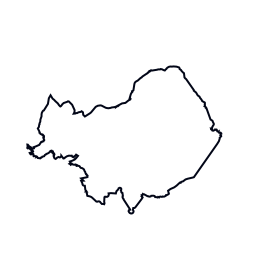 outline of North Tongu, Volta, Ghana, rotated 125°
{"feature_id": "2480657B35012095074914", "entity_name": "North Tongu", "entity_type": "district", "adm_level": 2, "iso_a3": "GHA", "parent_name": "Ghana", "parent_adm1": "Volta", "projection": "robinson", "projection_center": [0.298, 6.144], "detail": "fine", "context": "isolated", "style": "outline", "palette": "ink", "viewbox_px": 256, "rotation_deg": 125, "n_neighbors": 0, "source": "geoboundaries", "source_scale": "gbopen_adm2", "svg_char_len": 5869}
<svg xmlns="http://www.w3.org/2000/svg" viewBox="0 0 256 256"><g transform="rotate(125 128 128)"><path d="M145.6,210.2L149.0,209.9L154.2,207.4L161.9,207.0L162.4,207.4L163.1,207.5L164.9,207.3L166.3,206.7L168.1,205.5L171.3,204.6L173.1,203.5L175.1,203.1L175.6,202.6L176.3,202.6L178.3,201.6L180.1,201.6L181.8,198.4L182.7,197.8L182.6,197.1L183.0,196.5L182.9,196.1L183.0,195.8L182.7,194.7L182.8,194.4L182.4,194.4L182.3,194.0L182.7,192.5L182.9,192.4L182.9,192.1L183.4,191.8L183.6,191.9L184.0,191.5L184.4,191.9L184.6,191.8L185.1,190.9L185.6,190.4L185.7,189.9L186.1,189.6L186.7,189.8L187.4,189.6L188.1,190.5L188.9,190.5L189.3,191.1L192.7,191.0L196.2,193.1L196.5,193.4L196.9,193.5L197.8,194.3L198.5,193.4L198.9,193.5L199.6,194.1L199.8,194.7L199.5,196.5L199.7,198.4L199.1,200.5L199.3,200.9L200.6,199.7L202.1,199.1L202.2,198.4L201.5,197.8L201.3,197.1L201.6,194.5L201.4,192.5L201.5,192.3L201.8,192.2L202.8,193.2L203.4,193.2L204.8,194.2L205.4,192.8L205.3,192.3L203.7,191.4L203.6,190.6L203.9,190.2L205.1,189.5L205.2,188.9L204.4,188.2L203.7,186.7L203.7,186.4L204.3,186.3L203.8,185.9L204.0,185.1L204.3,184.7L203.4,182.9L202.7,182.6L202.8,182.4L202.4,182.3L202.1,182.0L201.1,181.7L200.7,181.8L199.2,180.5L197.8,180.6L196.6,180.0L196.0,180.0L195.8,179.7L194.0,178.7L192.5,178.4L192.1,178.0L191.6,178.0L191.3,178.3L190.5,177.8L190.3,177.4L190.4,176.9L190.9,176.7L191.0,177.0L191.6,176.1L191.3,175.6L190.9,175.5L191.6,174.9L191.2,173.9L191.4,173.7L191.8,173.9L191.9,173.2L192.1,173.2L192.7,173.5L193.0,173.3L193.2,172.7L193.6,172.8L193.9,172.6L195.0,170.8L194.8,169.5L192.8,169.0L191.6,168.3L191.2,166.9L190.3,166.5L189.4,166.5L188.9,166.8L190.0,163.5L189.4,163.2L189.2,162.7L188.4,162.7L186.2,161.8L184.5,160.5L183.7,159.1L182.9,158.2L183.5,156.9L182.9,156.4L183.0,155.7L182.6,155.8L182.0,155.4L181.9,155.6L180.2,155.2L179.6,155.2L179.5,153.0L182.5,153.2L184.5,153.6L186.8,154.9L188.8,156.4L189.1,155.6L189.8,155.2L190.9,155.5L190.8,154.6L191.0,153.8L190.6,153.7L190.1,154.1L189.6,154.1L189.4,153.8L189.6,152.5L189.0,151.0L188.0,150.1L187.9,149.8L188.5,148.8L188.6,148.4L188.4,148.1L188.2,148.1L187.7,148.8L187.6,148.6L187.7,147.8L187.1,145.9L187.2,145.4L187.6,144.7L187.7,143.7L187.1,142.3L187.2,140.2L188.0,139.3L188.5,137.9L189.1,137.3L189.6,136.4L189.6,136.0L189.9,135.8L189.8,135.3L190.0,134.8L190.2,134.7L190.2,133.9L190.6,133.8L191.3,133.1L191.9,133.4L196.1,137.4L196.2,136.5L196.7,134.3L198.1,136.1L199.6,133.5L200.4,132.8L200.7,131.9L200.4,130.6L200.1,130.2L203.1,127.5L203.6,126.1L203.8,126.1L203.6,125.9L203.8,125.5L204.2,125.4L204.2,125.1L204.4,125.2L205.0,124.6L205.6,123.6L206.2,123.2L206.9,122.4L205.9,120.0L205.6,118.7L205.6,117.5L206.4,111.8L206.1,111.0L205.5,110.6L204.7,109.7L204.5,108.6L204.9,107.5L205.2,105.8L204.5,104.9L204.1,103.8L203.1,104.1L202.1,105.2L198.2,107.6L197.4,107.4L197.0,106.5L196.2,105.5L195.0,105.1L193.6,105.5L192.7,106.4L191.1,104.6L188.6,100.4L186.5,101.2L183.7,100.8L182.8,101.1L181.9,100.7L181.4,99.8L181.4,99.1L181.8,98.5L182.6,98.1L183.2,98.1L183.8,97.1L184.3,96.8L184.6,96.0L184.4,95.3L186.6,93.2L187.0,93.3L188.1,92.5L188.7,91.2L188.7,90.9L189.1,90.5L193.4,79.9L193.7,79.4L194.3,80.0L194.9,80.1L195.8,79.8L196.4,78.7L196.6,77.8L196.4,76.7L195.8,75.8L194.8,75.3L193.5,75.4L192.8,75.9L192.2,77.1L190.5,77.8L189.9,76.9L189.0,76.5L178.6,76.1L176.6,76.2L176.5,76.9L175.6,77.3L175.8,77.8L175.3,77.8L175.1,78.1L174.9,77.8L173.5,78.0L173.5,77.4L173.1,76.9L172.8,74.3L172.7,72.9L172.3,72.3L172.1,71.3L171.1,70.2L170.2,70.1L168.8,68.2L168.5,67.2L168.7,66.4L169.0,66.1L168.4,65.2L168.0,64.0L167.2,63.9L167.1,63.0L166.9,63.0L166.8,62.7L166.5,62.8L165.7,62.3L165.0,60.8L164.4,60.5L164.4,60.2L163.2,58.8L161.6,58.1L161.1,58.3L160.8,57.8L159.3,57.0L158.4,56.8L156.4,59.2L153.6,58.2L150.3,56.2L149.0,55.7L147.2,55.1L143.0,54.2L142.7,53.4L141.6,53.5L140.1,52.3L137.2,51.4L135.3,50.0L131.4,46.5L130.5,45.8L89.7,45.8L86.5,46.0L83.8,46.9L83.4,47.3L81.3,46.9L80.9,47.3L80.7,47.9L80.8,48.3L79.5,48.6L79.1,48.3L78.9,48.5L78.7,49.5L79.1,50.1L79.6,50.5L79.2,51.3L79.3,51.8L79.0,51.9L79.2,52.0L79.5,52.9L79.2,53.2L79.0,53.9L78.6,54.2L78.5,54.5L78.9,54.7L79.2,55.8L79.9,55.7L80.5,56.2L81.2,56.5L81.6,57.2L81.7,57.5L81.4,58.0L81.1,58.2L81.4,58.6L81.4,59.2L81.1,59.4L80.9,59.3L80.7,59.7L80.4,59.3L79.7,59.2L78.5,59.6L76.2,59.7L75.6,59.9L75.2,60.3L74.5,61.7L73.6,63.0L73.7,65.3L66.7,75.2L66.6,75.5L66.8,75.5L66.7,75.7L66.8,75.9L66.5,76.1L66.3,76.4L66.2,76.8L66.3,77.8L65.4,77.9L64.5,78.6L64.5,78.8L63.4,79.3L63.1,79.8L63.4,82.6L62.6,84.1L61.9,86.5L61.3,87.4L61.3,89.6L59.9,92.6L59.7,95.5L59.2,95.8L54.6,108.4L54.5,109.7L54.2,110.7L51.0,113.6L51.0,114.6L50.5,117.0L50.1,117.7L50.1,119.5L49.6,119.9L49.1,120.8L49.9,123.4L51.5,126.1L52.5,127.2L53.3,128.5L54.3,129.5L55.9,130.3L57.0,130.5L57.6,130.4L58.3,130.7L59.7,130.8L59.9,131.1L60.2,132.3L60.4,133.8L61.0,135.1L61.6,135.3L62.8,137.0L63.5,137.5L67.1,141.2L67.8,142.1L67.7,142.3L68.3,142.5L68.7,142.9L68.8,142.7L69.1,142.8L68.9,142.5L69.1,142.5L69.7,142.9L71.4,143.3L77.5,145.7L79.0,145.9L79.2,146.1L79.9,146.4L83.5,147.2L85.3,148.1L86.6,148.4L87.4,148.3L88.3,148.0L94.0,145.2L95.2,145.5L95.6,145.8L95.8,145.6L95.8,145.2L96.0,145.1L97.1,145.3L98.7,145.1L103.3,143.5L102.8,143.4L103.0,143.2L103.0,142.8L102.4,143.0L101.7,142.6L102.4,142.8L103.2,142.5L105.4,143.5L108.9,144.5L111.3,147.0L114.1,148.4L115.3,148.6L115.4,148.9L116.0,148.9L116.2,149.3L116.8,149.5L116.4,149.6L116.6,149.7L116.9,149.7L118.8,151.2L120.6,153.2L121.4,153.7L123.0,155.3L123.7,156.6L124.2,157.9L124.8,162.5L125.3,163.6L127.1,165.5L129.2,166.6L136.4,167.2L137.8,167.6L143.3,169.9L142.9,172.2L141.0,173.9L140.9,175.6L141.8,175.9L143.6,177.6L144.9,178.2L145.5,179.0L146.3,179.4L147.4,180.7L145.8,180.9L144.0,182.0L141.0,187.1L140.2,191.7L140.6,192.5L141.4,192.8L144.4,195.0L146.1,195.4L148.2,195.4L149.1,195.7L149.2,196.1L148.8,197.8L148.1,199.6L147.7,202.9L147.3,204.7L147.2,206.6L145.6,210.2Z" fill="none" stroke="#020617" stroke-width="2"/></g></svg>